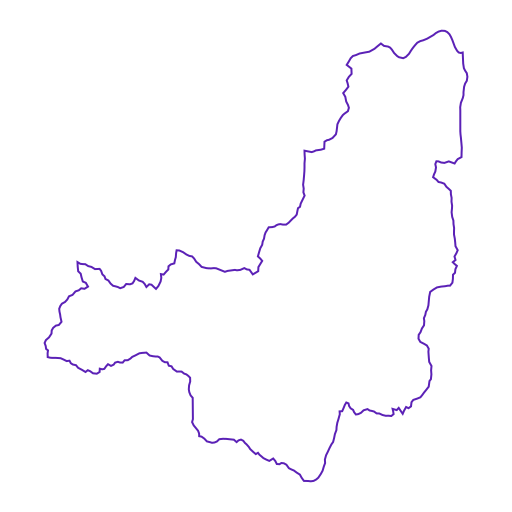 Botucatu, São Paulo, Brazil
{"feature_id": "56859067B91204286934079", "entity_name": "Botucatu", "entity_type": "district", "adm_level": 2, "iso_a3": "BRA", "parent_name": "Brazil", "parent_adm1": "São Paulo", "projection": "equal_earth", "projection_center": [-48.5, -22.839], "detail": "fine", "context": "isolated", "style": "outline", "palette": "violet", "viewbox_px": 512, "rotation_deg": 0, "n_neighbors": 0, "source": "geoboundaries", "source_scale": "gbopen_adm2", "svg_char_len": 6001}
<svg xmlns="http://www.w3.org/2000/svg" viewBox="0 0 512 512"><path d="M462.7,52.5L460.8,53.0L458.7,52.5L457.1,50.8L454.9,47.0L452.4,40.2L451.0,37.0L449.5,34.3L447.3,32.1L444.9,30.9L441.6,30.7L438.5,31.6L435.8,33.1L433.5,35.0L427.1,38.7L423.2,40.3L420.3,41.1L417.3,42.7L415.4,44.8L413.9,46.6L412.3,48.7L410.8,50.9L409.0,53.8L405.9,56.9L403.2,58.2L398.9,57.2L397.1,56.0L394.1,53.0L391.8,49.5L390.1,47.6L388.2,46.6L384.0,45.9L380.9,43.5L377.2,46.5L374.5,48.8L369.3,51.7L365.4,52.4L359.6,53.5L355.9,55.1L352.9,56.0L350.7,58.2L348.7,61.7L346.7,64.9L351.4,68.6L351.6,73.9L348.9,76.8L346.7,80.4L347.6,83.2L348.4,86.7L346.1,89.7L343.2,93.1L345.3,96.8L346.2,101.5L348.0,105.0L348.9,107.8L347.9,111.2L344.4,113.7L342.8,115.1L340.8,117.9L339.0,120.9L337.4,124.3L337.1,127.0L336.6,131.2L335.9,134.3L332.5,138.0L329.0,139.8L327.0,140.2L324.5,141.7L324.2,148.7L320.9,149.7L315.9,150.4L313.9,151.4L311.7,152.1L304.5,150.7L304.6,154.4L304.9,158.7L304.5,163.3L304.5,167.7L304.4,171.2L304.1,175.1L303.7,179.8L303.1,184.7L303.7,188.6L303.4,192.3L304.6,195.6L302.4,200.1L300.7,203.6L300.0,206.8L298.0,208.2L297.4,211.0L296.7,214.6L294.9,216.8L292.9,218.4L291.1,220.2L288.7,222.7L286.1,224.6L282.9,224.6L280.4,224.1L278.4,224.4L276.4,225.2L274.7,226.5L272.2,227.1L268.7,227.3L266.9,230.4L265.6,232.4L264.6,235.2L264.0,238.7L262.7,241.6L262.2,244.8L260.3,248.2L259.2,251.8L257.9,256.4L260.3,258.6L262.2,260.9L260.7,263.3L258.4,267.1L258.2,271.2L252.8,274.4L249.5,269.8L246.8,269.4L244.3,268.1L240.3,269.9L237.0,270.3L234.9,269.9L227.6,270.9L224.9,271.8L216.2,268.3L213.9,268.1L211.0,268.4L208.3,268.3L206.3,268.1L201.6,266.9L199.1,264.2L196.2,261.8L194.1,258.5L192.1,256.4L189.3,255.9L186.4,254.5L183.1,252.2L179.3,250.5L176.6,250.3L176.1,253.2L175.8,257.2L175.0,259.9L174.3,263.4L170.8,264.4L168.5,266.3L168.3,269.5L166.2,271.6L163.6,274.6L160.9,274.1L161.3,277.9L160.6,281.5L158.4,286.0L156.0,288.9L153.7,286.8L151.5,284.7L149.2,284.3L146.4,287.0L144.7,284.0L142.7,281.8L138.9,280.5L135.4,277.9L134.1,281.0L132.5,283.4L130.0,284.3L126.2,284.0L123.7,287.0L120.2,288.2L117.8,287.0L115.3,286.3L113.1,285.8L110.6,283.6L108.4,280.5L105.5,279.0L104.5,276.3L102.4,274.4L101.1,270.8L99.6,268.9L95.0,269.1L91.4,266.9L88.2,266.1L85.3,264.2L82.8,264.1L80.3,263.8L77.5,262.1L77.7,266.6L78.2,271.3L80.7,273.7L81.5,277.2L82.8,281.5L85.8,282.8L88.0,286.6L84.5,288.8L81.2,288.3L78.8,290.3L75.5,291.4L72.5,294.9L69.0,296.3L67.3,299.5L65.0,302.0L61.9,303.7L60.3,306.0L59.2,308.8L59.5,311.7L60.1,314.4L60.5,317.3L61.5,321.8L58.8,325.0L55.9,325.6L53.2,327.8L51.7,330.4L51.5,333.6L49.0,337.4L45.9,340.1L44.6,343.0L45.7,346.0L46.1,348.9L48.0,350.4L47.6,353.2L47.7,357.1L50.1,357.7L52.5,357.9L56.2,357.9L60.6,358.2L63.5,359.5L66.7,361.1L69.5,360.7L70.8,363.2L72.8,364.5L76.0,365.2L78.1,367.8L81.9,369.8L85.5,372.0L87.8,370.2L90.3,371.3L93.0,373.3L96.8,373.7L99.6,372.0L99.8,368.7L102.2,369.3L104.3,368.9L106.1,366.3L108.0,364.2L111.0,365.9L113.7,364.6L115.1,362.6L117.9,361.8L119.9,362.5L122.7,362.6L124.6,360.3L127.8,360.2L130.5,358.5L132.2,356.9L135.4,355.4L139.4,353.3L142.3,352.9L146.4,352.6L149.6,355.5L152.8,356.2L155.4,356.5L157.7,356.5L159.6,357.4L162.3,360.8L164.8,362.2L167.5,362.3L168.8,365.7L171.5,366.3L173.2,369.0L176.9,371.6L178.9,371.5L181.6,371.6L184.1,373.6L186.4,374.4L188.3,375.9L190.1,377.7L190.2,381.5L189.1,385.3L188.8,389.3L189.3,392.2L190.6,395.4L192.7,397.8L192.9,419.1L192.1,422.1L193.7,425.4L196.0,428.2L198.1,430.8L199.1,433.5L199.2,436.2L201.5,436.6L204.3,438.6L206.9,441.4L210.1,442.2L212.0,442.8L214.5,442.5L216.9,441.5L219.3,439.2L223.0,438.8L226.3,438.9L233.9,439.7L236.6,442.1L238.5,440.4L241.0,439.6L243.3,440.8L244.9,442.9L246.6,444.4L248.8,446.9L250.2,449.1L253.3,452.0L255.8,454.1L258.0,452.8L259.4,454.7L261.7,456.6L263.4,458.1L266.3,459.6L269.3,460.9L273.2,458.5L275.3,461.0L276.8,464.0L279.5,464.2L281.4,463.0L283.9,463.3L286.4,464.7L288.9,468.2L291.5,469.5L293.9,470.5L296.7,472.6L299.9,474.6L301.6,477.7L303.9,480.9L308.1,481.0L310.8,481.3L313.6,480.9L316.2,479.5L318.3,477.7L320.8,474.0L322.6,470.7L323.9,466.3L325.1,463.1L324.9,459.5L326.1,455.2L327.8,451.8L329.6,447.9L331.4,444.4L333.1,442.0L334.1,438.1L334.9,434.1L336.4,430.1L336.6,426.8L337.3,422.8L338.4,419.3L339.1,416.7L339.8,414.3L339.6,411.4L342.2,411.2L343.6,408.0L344.8,405.0L346.3,402.5L348.5,403.4L349.1,406.0L350.6,408.3L353.1,409.9L354.1,412.2L355.9,414.5L358.3,414.1L361.0,412.8L363.6,410.3L367.5,409.1L369.6,410.5L371.7,410.9L374.0,411.5L376.6,413.4L379.3,413.5L382.5,415.0L385.8,415.8L388.3,415.7L391.3,416.0L393.6,414.1L393.2,411.5L392.6,408.9L396.7,410.1L398.7,407.9L400.7,410.9L402.7,413.8L404.0,410.8L406.1,407.0L408.5,408.2L411.0,406.4L411.5,402.2L413.3,399.9L417.2,398.6L420.4,397.3L422.2,395.1L424.0,392.6L426.2,389.9L428.7,386.7L429.5,381.0L430.9,379.2L431.4,374.4L431.1,370.3L431.5,366.0L429.2,361.9L428.8,357.5L428.4,351.7L428.7,348.7L426.9,345.5L424.2,343.9L420.3,341.9L418.5,338.7L418.7,334.8L420.5,332.2L421.9,328.5L424.0,325.3L424.3,321.1L423.9,318.2L425.3,314.9L425.9,311.8L427.3,309.4L428.4,305.4L428.8,301.0L429.2,296.7L430.2,291.9L433.5,289.5L437.0,287.4L441.1,286.6L445.2,286.2L447.8,285.7L450.0,285.7L452.4,282.7L452.9,278.9L453.0,274.7L455.0,272.8L455.4,269.2L456.9,265.9L454.4,263.8L452.8,262.2L455.5,260.0L454.5,256.5L456.4,253.2L457.7,250.2L455.5,246.2L455.2,242.5L454.8,238.7L454.0,234.5L454.0,231.4L454.1,228.0L453.5,224.1L453.4,220.6L452.2,216.9L451.6,212.2L452.0,208.3L452.1,205.6L451.5,201.7L451.6,197.9L450.9,194.3L450.8,190.8L448.8,188.9L446.4,186.8L444.3,183.7L441.1,182.5L438.5,182.0L436.7,179.9L433.1,177.2L434.0,174.4L435.3,171.6L436.0,167.4L435.3,164.1L436.4,161.3L438.5,161.4L441.1,162.5L444.4,162.9L448.8,161.4L454.6,163.5L455.9,161.4L457.7,159.1L461.5,157.1L461.6,152.3L461.8,147.7L461.4,143.0L460.9,137.7L460.5,134.3L460.3,131.2L460.3,127.6L460.3,121.6L460.3,115.9L460.3,110.5L460.2,107.2L460.9,102.8L462.8,98.0L463.5,95.1L463.5,92.2L464.1,86.8L465.1,83.6L466.8,80.8L467.4,76.8L466.8,73.2L465.1,70.6L463.9,68.2L463.2,63.6L462.7,52.5Z" fill="none" stroke="#5b21b6" stroke-width="2"/></svg>